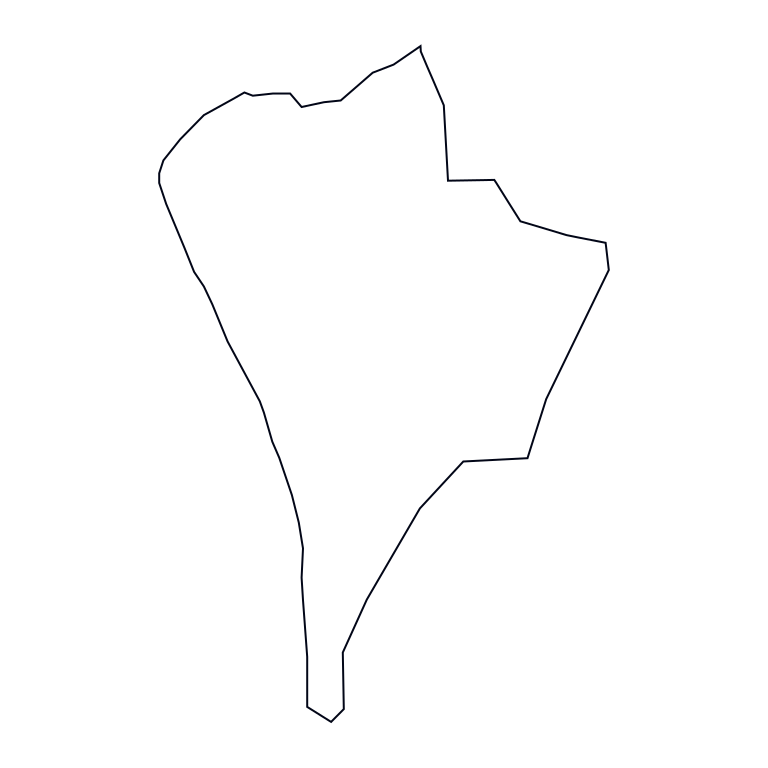 outline of Zongo, Équateur, Democratic Republic of the Congo
{"feature_id": "63176286B53748739739840", "entity_name": "Zongo", "entity_type": "district", "adm_level": 2, "iso_a3": "COD", "parent_name": "Democratic Republic of the Congo", "parent_adm1": "Équateur", "projection": "natural_earth1", "projection_center": [18.69, 4.178], "detail": "fine", "context": "isolated", "style": "outline", "palette": "ink", "viewbox_px": 768, "rotation_deg": 0, "n_neighbors": 0, "source": "geoboundaries", "source_scale": "gbopen_adm2", "svg_char_len": 859}
<svg xmlns="http://www.w3.org/2000/svg" viewBox="0 0 768 768"><path d="M420.5,46.1L393.6,64.6L372.7,72.7L340.7,100.5L324.0,102.2L301.6,107.0L290.1,93.5L273.2,93.5L252.8,95.7L244.4,92.5L233.2,98.9L203.9,115.1L180.2,139.3L163.4,160.4L159.2,173.3L159.2,183.0L166.2,204.0L184.4,247.7L194.1,271.9L203.9,286.5L212.3,304.3L227.6,341.5L259.8,401.3L263.9,412.6L272.3,441.7L279.3,457.9L291.9,495.1L298.8,522.6L303.0,548.4L301.6,577.6L303.0,600.2L307.2,656.8L307.2,706.9L322.8,716.7L331.1,721.9L343.8,709.1L342.8,652.5L366.8,599.6L377.5,581.2L419.9,508.4L463.3,461.5L527.5,458.2L531.4,445.8L546.2,399.1L608.8,270.0L606.1,246.8L605.6,242.8L578.3,237.5L566.5,235.1L529.5,224.0L520.4,221.3L508.3,202.1L496.4,183.1L494.3,179.9L483.9,180.1L448.0,180.7L447.2,166.3L443.8,105.3L432.7,79.3L427.3,66.9L420.8,51.5L420.5,46.1Z" fill="none" stroke="#020617" stroke-width="2"/></svg>